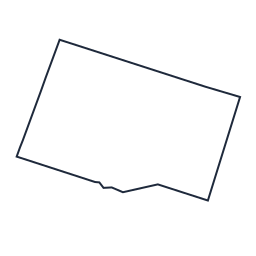 Grady, Georgia, United States of America, rotated 107°
{"feature_id": "52423323B79545259368110", "entity_name": "Grady", "entity_type": "district", "adm_level": 2, "iso_a3": "USA", "parent_name": "United States of America", "parent_adm1": "Georgia", "projection": "orthographic", "projection_center": [-84.202, 30.877], "detail": "fine", "context": "isolated", "style": "outline", "palette": "slate", "viewbox_px": 256, "rotation_deg": 107, "n_neighbors": 0, "source": "geoboundaries", "source_scale": "gbopen_adm2", "svg_char_len": 372}
<svg xmlns="http://www.w3.org/2000/svg" viewBox="0 0 256 256"><g transform="rotate(107 128 128)"><path d="M65.6,29.9L65.9,66.1L63.6,219.2L66.0,219.3L104.7,221.5L105.2,221.5L118.3,222.1L170.7,225.0L177.9,225.6L187.9,226.1L189.3,143.8L188.4,139.5L192.4,133.9L189.6,126.2L190.9,114.1L173.2,83.0L174.0,30.4L65.6,29.9Z" fill="none" stroke="#1e293b" stroke-width="2"/></g></svg>